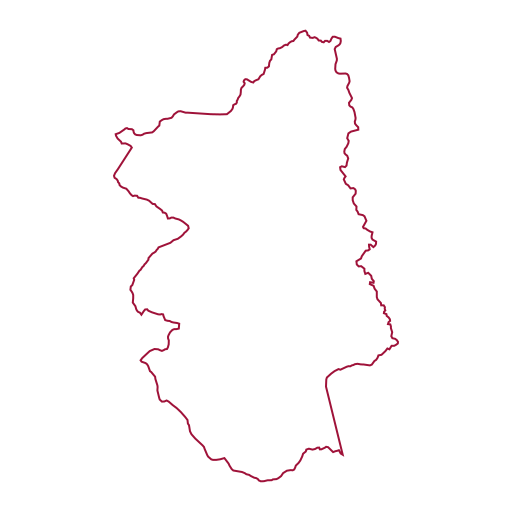 Monte do Carmo, Tocantins, Brazil
{"feature_id": "56859067B13428701772069", "entity_name": "Monte do Carmo", "entity_type": "district", "adm_level": 2, "iso_a3": "BRA", "parent_name": "Brazil", "parent_adm1": "Tocantins", "projection": "mercator", "projection_center": [-48.031, -10.736], "detail": "fine", "context": "isolated", "style": "outline", "palette": "rose", "viewbox_px": 512, "rotation_deg": 0, "n_neighbors": 0, "source": "geoboundaries", "source_scale": "gbopen_adm2", "svg_char_len": 6030}
<svg xmlns="http://www.w3.org/2000/svg" viewBox="0 0 512 512"><path d="M340.5,38.6L338.4,38.1L334.8,36.7L332.7,36.8L331.5,38.5L330.4,41.0L329.0,42.0L327.3,40.9L325.0,40.9L323.7,42.3L321.9,41.9L320.8,40.6L318.7,40.5L317.4,38.7L316.0,37.8L314.6,37.2L312.7,37.9L310.0,37.6L309.2,35.9L307.5,35.0L307.1,32.7L305.5,30.7L303.6,31.1L299.3,32.8L297.8,34.7L297.3,36.6L294.4,39.6L293.4,41.0L291.6,41.3L290.2,42.1L288.6,43.4L287.5,45.1L286.0,44.7L284.1,45.4L282.1,47.1L279.9,48.2L278.1,48.5L276.8,49.2L276.2,51.4L273.9,54.3L272.1,54.9L271.3,59.4L270.0,60.8L269.3,62.9L268.9,66.4L267.3,67.7L265.3,67.8L265.0,69.6L263.6,74.0L261.8,74.9L260.3,76.2L258.4,79.3L256.3,80.1L254.3,81.1L253.3,82.5L251.1,81.9L246.9,79.3L245.3,79.2L244.0,80.4L243.6,81.8L244.7,83.2L244.3,84.8L243.0,86.4L241.6,87.7L240.9,89.5L240.8,92.1L240.5,94.6L239.4,96.5L238.2,98.0L237.6,99.7L236.8,101.0L236.8,102.6L236.0,103.8L234.6,104.3L233.2,105.2L233.0,107.1L232.5,108.8L230.9,111.0L226.9,114.2L220.1,114.4L210.8,114.2L188.2,112.7L185.7,112.7L180.6,111.2L178.3,111.4L176.8,112.3L174.0,114.4L172.8,116.4L171.5,117.8L167.5,118.8L165.9,118.8L163.5,119.2L161.7,120.2L159.8,121.6L159.3,125.6L158.1,126.6L153.8,131.2L152.2,132.4L146.3,133.1L144.1,133.7L142.6,134.7L140.7,135.3L136.7,135.0L135.2,134.4L134.1,133.2L133.6,131.9L133.4,130.3L131.9,129.2L128.4,129.0L127.0,128.1L125.4,128.5L124.3,129.5L119.4,132.9L115.7,134.2L116.0,135.7L117.6,138.5L121.0,141.7L121.7,143.5L125.5,143.4L127.5,144.2L130.6,145.9L131.8,147.6L117.8,169.3L115.1,173.1L114.0,175.8L114.6,177.8L116.5,179.0L117.7,180.6L118.1,182.2L119.2,183.3L119.6,185.1L121.0,186.5L122.9,187.6L126.3,188.7L128.6,191.3L129.9,193.3L131.6,195.2L133.0,196.1L134.7,195.6L137.1,195.8L138.3,197.7L140.0,197.8L142.2,198.5L146.8,199.6L149.1,200.7L152.6,203.9L154.9,204.1L156.4,206.4L160.3,209.1L162.1,210.6L162.8,212.5L164.6,212.7L166.2,213.7L167.1,216.0L167.9,218.5L169.8,218.4L171.3,217.6L173.4,217.6L175.3,218.5L178.8,219.4L180.8,220.4L183.1,221.8L188.1,225.8L188.7,228.3L187.5,230.0L186.0,231.6L184.4,232.8L183.1,234.6L181.1,236.4L177.8,238.8L173.5,240.2L170.4,242.8L158.5,247.4L157.8,248.8L156.7,249.9L155.6,251.6L154.2,252.6L152.4,253.6L148.5,258.1L148.4,259.7L145.8,263.2L144.5,264.4L143.6,266.0L142.3,267.1L140.6,269.8L139.4,270.7L137.4,273.7L133.7,278.3L134.2,279.8L132.3,285.1L130.8,286.5L130.4,289.8L131.7,291.6L132.6,293.2L133.2,295.0L133.2,298.2L132.8,302.6L135.4,306.2L136.2,309.1L136.9,310.5L138.0,311.8L140.0,312.7L141.4,314.7L143.8,311.1L145.1,309.5L147.2,309.3L148.3,310.7L151.9,312.3L158.1,314.3L160.1,314.5L161.5,314.1L163.1,314.4L163.6,316.3L165.2,320.1L167.6,320.8L169.7,321.0L171.5,322.0L173.5,322.5L177.1,323.0L179.2,323.7L178.8,328.6L176.5,329.1L174.3,329.1L172.4,329.9L170.1,332.3L168.5,335.3L168.0,336.8L168.1,338.5L168.8,340.4L168.7,344.3L167.9,347.3L167.0,349.0L165.0,349.3L163.8,350.1L161.9,350.9L160.0,350.2L158.2,349.3L154.5,349.0L149.7,351.1L142.3,358.0L140.6,360.3L141.6,361.7L145.6,363.1L147.1,364.3L148.2,366.1L150.0,371.2L151.2,372.0L155.1,376.7L155.4,379.0L157.4,385.4L157.6,387.0L157.4,390.5L159.2,397.9L159.7,399.5L161.9,401.6L164.3,401.5L166.6,400.5L168.7,401.6L172.7,405.1L176.7,408.1L180.9,412.1L185.2,417.0L187.5,420.0L187.9,423.6L189.0,425.2L190.0,431.3L191.5,434.3L195.3,438.6L202.6,445.4L204.0,447.0L204.5,448.6L207.2,455.0L208.1,456.6L211.3,459.4L213.1,459.9L216.0,459.9L220.1,459.3L224.4,458.1L228.6,463.6L229.5,465.6L231.7,469.1L233.3,470.5L242.0,472.0L244.7,473.1L246.3,474.2L249.2,474.9L250.6,475.9L254.2,477.7L256.2,478.1L257.9,479.1L258.8,480.4L260.8,481.3L263.9,481.2L267.5,480.3L271.7,480.2L272.9,479.4L276.5,479.1L278.3,478.2L281.1,476.1L283.1,473.1L286.9,470.7L290.7,470.1L292.7,470.3L294.2,469.5L295.2,467.5L295.8,465.6L298.5,463.0L300.3,460.5L302.2,456.5L303.1,453.7L305.8,451.5L306.3,449.6L308.9,448.7L312.5,449.6L315.1,449.0L317.3,447.7L319.2,447.6L319.8,449.3L321.4,449.3L324.9,447.7L326.1,446.8L328.1,447.2L333.1,452.1L335.4,451.2L337.2,450.8L338.9,450.2L340.7,453.5L342.7,454.7L326.0,386.6L326.3,379.4L326.9,377.5L331.2,373.6L334.6,371.1L338.5,369.1L340.4,369.7L346.8,366.7L348.5,366.2L350.3,366.3L351.8,365.4L353.4,365.0L354.9,364.2L357.5,363.8L360.9,364.4L363.7,364.5L369.9,365.4L371.8,364.6L374.4,361.0L376.2,359.8L377.6,357.7L378.4,355.4L381.5,354.8L385.4,351.1L387.4,348.5L389.4,349.3L391.6,345.8L394.2,345.8L395.9,344.9L397.8,343.5L398.0,341.9L396.8,340.1L395.1,338.8L392.4,338.2L391.3,336.2L392.2,332.2L390.9,328.1L390.9,326.3L390.3,324.4L388.0,324.1L388.6,322.1L390.1,320.9L389.9,319.3L388.7,317.5L386.7,315.9L386.4,314.1L383.9,313.2L384.1,311.7L385.3,310.4L384.7,308.8L384.9,307.2L383.7,305.3L381.2,305.3L380.9,303.0L377.5,299.3L376.8,297.1L376.8,291.5L374.6,288.7L373.6,285.8L369.8,284.1L370.1,282.2L373.5,282.8L373.8,281.2L371.8,278.8L371.2,275.8L368.2,272.8L365.3,273.9L364.4,271.0L364.4,268.7L361.2,266.2L358.7,266.4L356.8,264.5L356.4,261.3L361.0,258.5L361.8,256.2L365.7,250.7L368.2,250.4L369.7,249.3L369.1,246.6L369.0,244.7L370.7,244.7L373.4,247.1L375.2,245.5L376.0,243.9L376.1,241.6L372.5,239.6L371.6,237.9L371.6,236.1L372.5,232.3L370.1,231.5L367.2,229.8L365.6,228.5L363.7,228.2L363.0,226.9L366.4,220.8L364.5,216.3L362.8,215.1L358.6,214.2L357.6,211.6L356.3,209.9L356.5,206.5L353.8,203.5L352.7,200.2L352.7,197.3L355.6,193.7L355.8,190.8L355.2,189.4L353.5,188.1L350.5,188.4L348.2,185.3L345.8,183.8L343.8,179.4L344.4,178.0L345.6,176.4L340.5,170.0L340.1,167.2L341.8,166.3L345.0,167.1L346.5,165.6L346.9,162.7L348.2,158.4L347.2,155.7L345.6,154.5L344.5,153.2L344.3,151.5L344.8,149.0L346.6,146.8L348.3,143.3L348.7,140.9L347.2,138.2L348.4,133.4L351.0,131.6L358.3,129.7L358.2,127.2L356.3,125.3L355.0,123.6L354.8,121.4L355.4,119.8L355.6,118.0L354.5,112.1L353.4,109.0L352.3,107.4L350.5,106.6L349.3,105.4L349.0,102.8L351.3,99.9L352.0,98.1L349.3,92.7L348.4,90.0L347.1,87.8L347.4,86.1L349.2,82.7L349.6,81.2L349.0,77.7L348.3,75.3L347.1,74.0L345.6,73.5L339.8,73.7L338.3,73.4L336.5,72.3L335.5,70.6L335.2,68.9L335.5,64.2L336.8,60.5L336.9,58.8L334.7,49.1L335.7,47.0L338.4,45.4L339.6,44.4L340.4,43.1L340.8,41.0L340.5,38.6Z" fill="none" stroke="#9f1239" stroke-width="2"/></svg>